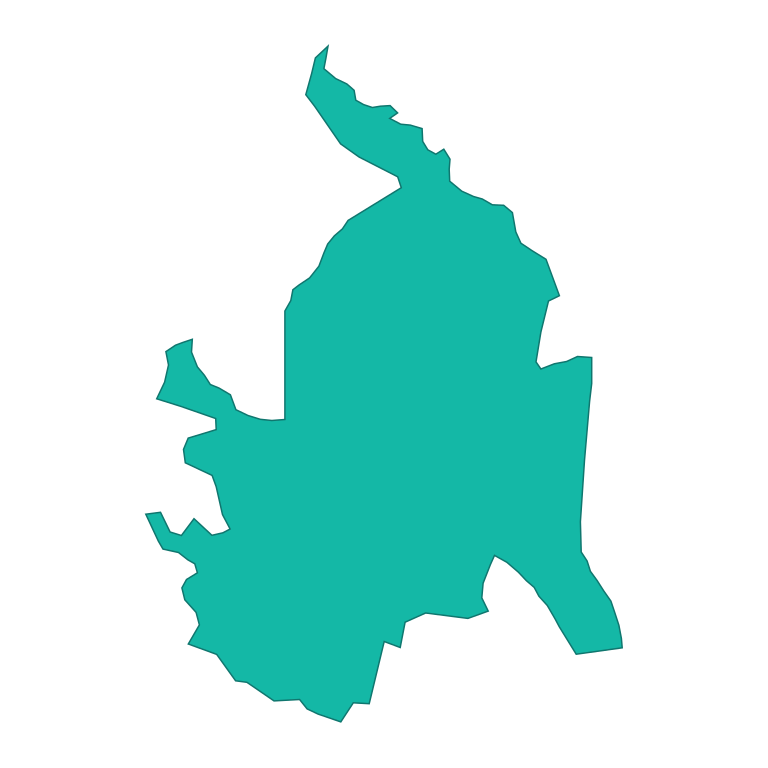 Cacique Doble, Rio Grande do Sul, Brazil
{"feature_id": "56859067B35570736858884", "entity_name": "Cacique Doble", "entity_type": "district", "adm_level": 2, "iso_a3": "BRA", "parent_name": "Brazil", "parent_adm1": "Rio Grande do Sul", "projection": "robinson", "projection_center": [-51.686, -27.796], "detail": "fine", "context": "isolated", "style": "filled", "palette": "teal", "viewbox_px": 768, "rotation_deg": 0, "n_neighbors": 0, "source": "geoboundaries", "source_scale": "gbopen_adm2", "svg_char_len": 1946}
<svg xmlns="http://www.w3.org/2000/svg" viewBox="0 0 768 768"><path d="M346.9,84.0L335.7,78.6L323.9,68.7L325.9,58.3L328.0,46.1L315.4,57.9L311.7,73.3L305.8,94.7L314.6,106.2L340.6,143.9L359.2,157.1L397.7,176.8L401.3,187.7L348.1,220.4L342.4,228.9L334.4,235.8L327.7,244.0L323.9,253.0L318.9,266.2L309.6,277.9L299.3,284.8L292.9,289.7L290.8,300.6L284.9,311.0L284.9,419.5L271.8,420.5L260.3,419.3L248.0,415.5L235.9,409.7L230.4,394.8L219.1,388.1L210.3,384.5L204.4,375.3L197.4,366.9L191.5,352.1L192.3,339.3L183.0,342.4L175.5,345.2L165.9,351.6L168.5,365.0L164.6,382.2L156.7,398.8L180.6,406.3L215.7,418.5L216.2,429.6L188.2,438.1L183.5,449.4L185.3,462.8L212.1,475.4L216.2,486.7L222.5,514.6L230.1,529.0L222.9,532.8L211.9,535.3L194.0,518.7L181.4,535.5L170.1,532.0L160.5,512.3L145.8,514.2L158.4,541.2L163.0,549.1L178.5,552.5L187.8,559.8L194.8,563.8L197.4,572.8L186.5,579.5L181.9,587.9L184.8,599.8L196.1,612.4L199.4,624.9L188.3,644.0L216.7,654.4L235.6,680.8L246.9,682.3L274.0,700.9L299.6,699.5L307.1,708.9L318.1,714.1L340.8,721.9L353.3,702.8L369.2,703.7L384.2,641.5L400.2,647.5L405.1,622.2L425.6,613.0L467.9,618.4L488.2,611.1L481.8,597.9L483.1,583.2L490.3,564.8L494.5,555.4L506.9,562.3L518.4,572.2L526.4,580.7L534.2,587.4L538.9,596.2L547.3,605.5L555.1,618.9L559.3,626.8L576.2,654.2L622.2,647.8L621.4,638.5L618.9,625.3L614.4,611.5L610.9,601.1L603.8,591.0L597.1,580.5L590.4,571.3L587.1,561.0L581.2,552.0L580.4,521.7L584.5,460.3L589.6,401.3L591.7,383.5L591.7,357.5L577.5,356.5L566.6,361.5L554.3,363.8L540.9,369.0L536.0,361.9L540.9,332.0L548.5,301.0L559.4,295.7L546.0,259.3L531.8,250.5L520.9,243.2L515.8,231.9L512.4,212.6L503.7,205.3L492.3,204.8L482.3,199.0L473.5,196.5L461.8,191.2L449.7,181.2L449.2,169.3L450.0,159.2L443.8,149.2L435.8,154.2L427.8,149.8L422.7,141.4L422.1,128.6L410.3,125.1L400.7,124.2L389.7,118.4L397.6,112.9L390.1,105.6L380.4,106.2L372.4,107.5L363.6,104.6L355.8,100.2L354.1,90.3L346.9,84.0Z" fill="#14b8a6" stroke="#0f766e" stroke-width="1.5"/></svg>